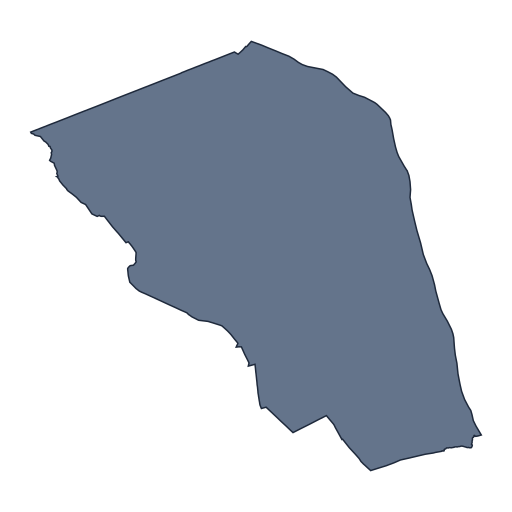 outline of Dignājas pag., Jekabpils, Latvia
{"feature_id": "27541924B5216902390969", "entity_name": "Dignājas pag.", "entity_type": "district", "adm_level": 2, "iso_a3": "LVA", "parent_name": "Latvia", "parent_adm1": "Jekabpils", "projection": "equal_earth", "projection_center": [26.111, 56.337], "detail": "fine", "context": "isolated", "style": "filled", "palette": "slate", "viewbox_px": 512, "rotation_deg": 0, "n_neighbors": 0, "source": "geoboundaries", "source_scale": "gbopen_adm2", "svg_char_len": 5646}
<svg xmlns="http://www.w3.org/2000/svg" viewBox="0 0 512 512"><path d="M370.7,470.6L370.9,470.5L378.5,468.1L386.3,465.7L390.2,464.2L390.3,464.2L394.0,462.8L396.3,461.8L400.4,460.0L404.8,459.0L410.2,457.8L410.3,457.8L410.5,457.7L413.1,457.1L416.5,456.3L425.4,454.2L433.3,453.0L435.5,452.4L440.7,451.5L441.7,451.3L441.7,451.1L441.8,451.0L441.9,450.9L442.2,450.8L442.4,450.8L442.8,450.9L443.1,450.9L443.5,450.9L443.7,451.0L444.0,450.9L444.2,450.7L444.2,450.4L444.1,450.0L444.3,449.6L444.3,449.4L444.5,449.2L444.9,449.1L445.4,449.0L445.7,448.9L446.2,448.2L446.4,448.0L446.7,447.9L447.0,447.9L447.5,447.9L448.2,448.0L448.6,447.9L449.1,447.7L449.5,447.6L449.9,447.6L450.4,447.7L451.4,447.8L452.1,447.6L452.4,447.6L453.0,447.5L453.4,447.4L453.7,447.3L454.0,447.3L454.2,447.1L454.4,447.1L454.5,447.0L454.9,446.9L455.2,446.9L455.3,446.9L455.6,446.8L455.9,446.8L456.1,446.8L456.4,446.9L456.7,446.8L456.9,446.9L457.2,446.9L457.6,446.9L458.1,446.7L458.5,446.6L459.0,446.6L459.6,446.6L460.8,446.2L461.4,446.1L461.5,446.1L462.7,446.2L464.4,446.7L466.2,447.2L466.9,447.5L468.1,447.6L468.6,447.4L469.3,447.7L470.1,447.8L471.2,447.7L471.5,447.4L471.9,446.7L472.1,446.2L472.2,445.6L472.3,445.3L472.3,445.0L471.5,444.4L471.5,444.1L471.7,443.6L471.9,443.2L472.1,442.5L472.1,441.9L472.1,441.6L472.1,441.2L472.2,440.5L472.3,440.2L472.5,439.9L472.4,439.0L472.4,438.2L472.8,437.5L473.4,437.3L473.8,436.7L474.0,436.0L474.0,435.6L474.2,435.4L474.3,435.4L474.5,435.4L474.7,435.5L475.0,436.2L475.1,436.3L475.4,436.3L476.0,436.3L477.9,436.0L481.3,435.0L476.0,426.1L473.3,420.6L472.0,414.7L470.8,410.5L468.6,407.1L464.6,399.5L461.6,391.3L460.0,384.3L458.0,373.9L456.9,363.2L455.3,355.1L454.5,348.4L454.2,344.5L453.7,337.5L452.9,333.7L451.4,329.3L447.3,321.1L442.8,313.6L441.0,309.7L439.2,303.5L435.8,291.1L434.5,284.6L432.1,275.8L429.6,269.5L426.7,263.5L423.3,254.5L420.6,243.0L416.9,230.5L414.7,221.5L412.1,210.1L411.3,204.5L410.0,197.4L410.6,189.7L410.0,181.7L408.9,175.5L407.1,170.6L406.8,170.3L404.2,166.2L400.0,158.8L398.7,156.5L397.1,152.5L395.5,147.0L393.7,138.9L393.5,137.8L392.2,130.4L391.5,127.1L390.9,124.6L390.5,120.0L389.7,118.1L388.4,115.8L385.5,112.4L381.0,108.1L377.0,104.3L374.7,102.6L364.6,97.3L358.9,95.5L352.9,93.1L345.6,86.7L336.4,77.1L332.5,74.2L327.7,71.7L323.1,69.5L307.6,66.5L302.3,64.6L298.4,62.4L294.1,59.2L288.9,56.2L281.9,53.5L275.7,50.9L268.2,47.9L261.8,45.2L251.3,41.4L248.3,44.7L248.2,44.9L246.9,46.4L246.2,46.7L245.7,46.5L244.1,48.4L242.5,50.3L242.4,50.3L240.3,52.3L238.1,54.2L236.2,53.1L234.4,52.0L228.5,54.3L222.7,56.6L218.4,58.3L214.1,60.0L213.2,60.3L211.4,61.0L208.7,62.1L204.9,63.5L199.7,65.6L196.3,66.9L194.5,67.6L193.3,68.1L191.0,69.0L189.4,69.6L187.8,70.2L184.2,71.7L181.8,72.6L180.6,73.3L172.7,76.4L162.2,80.5L154.6,83.5L142.8,88.1L134.4,91.4L123.9,95.5L115.5,98.8L105.5,102.8L96.1,106.5L83.7,111.3L76.3,114.2L66.5,118.1L60.1,120.6L56.3,122.1L51.3,124.0L43.7,127.0L34.2,130.7L30.7,132.1L31.4,133.4L33.6,134.0L35.0,135.3L40.4,136.5L44.1,141.1L45.6,141.9L48.1,144.4L48.9,146.3L50.1,146.5L50.4,147.8L51.9,150.1L51.9,151.7L51.2,152.7L51.6,154.4L50.7,158.2L49.6,160.3L50.5,161.2L54.2,163.2L54.4,164.3L54.5,165.3L56.7,170.0L57.1,171.0L57.2,172.1L56.8,173.6L57.2,174.4L57.6,175.1L57.9,176.1L56.7,176.6L57.6,177.0L57.9,177.8L58.9,179.1L59.6,180.9L61.4,183.1L62.9,185.0L66.7,188.9L66.7,189.4L68.0,190.9L70.2,192.5L72.4,194.1L74.4,195.7L76.4,197.3L78.7,199.8L81.1,202.4L85.6,204.5L91.9,213.9L97.2,216.4L99.3,215.4L99.7,215.7L99.9,215.9L100.4,216.1L101.1,216.3L101.7,216.3L102.8,216.3L103.8,216.3L104.0,216.2L104.2,216.3L104.4,216.3L106.7,219.3L112.6,226.9L116.9,231.8L118.2,233.2L126.0,242.7L128.0,241.9L128.3,241.8L129.5,243.3L129.9,243.7L130.5,244.4L130.9,245.0L131.6,245.8L133.1,247.9L134.1,249.4L135.0,250.7L135.9,252.2L136.1,252.5L136.1,252.9L136.0,254.6L135.9,255.9L135.9,256.1L135.8,257.2L135.7,259.0L135.7,259.4L135.7,260.0L135.8,260.8L136.1,261.3L136.1,261.8L136.0,262.1L135.4,262.9L134.8,263.7L134.2,264.3L133.7,265.0L133.3,265.2L133.2,265.3L132.9,265.3L130.9,265.5L130.5,265.6L130.1,265.8L129.7,266.0L129.3,266.5L128.5,267.3L128.4,267.4L127.8,268.3L127.7,268.4L127.7,268.6L127.7,268.8L127.7,269.8L127.9,271.3L128.2,274.6L128.4,276.1L129.1,279.1L129.7,281.7L129.8,282.2L131.6,284.0L133.4,285.8L136.1,288.6L137.2,289.4L138.3,290.3L139.2,291.0L141.6,292.2L145.4,293.8L150.6,296.2L159.3,300.2L170.1,305.2L176.1,307.9L181.2,310.3L184.2,311.6L186.9,312.8L187.8,313.8L188.0,313.9L188.2,314.1L188.6,314.6L189.2,314.9L192.0,316.9L194.6,318.2L198.3,320.1L198.5,320.2L198.9,320.3L203.1,320.8L207.2,321.3L208.0,321.4L208.7,321.6L209.9,322.0L212.3,322.7L214.5,323.4L220.2,325.2L221.5,325.7L221.8,325.8L222.2,326.1L227.2,330.6L227.8,331.2L230.0,333.5L230.9,334.5L233.9,338.3L234.1,338.6L236.1,341.0L237.7,342.9L237.9,343.3L237.8,343.6L236.6,346.1L236.2,347.1L238.9,346.8L241.4,346.9L244.7,354.3L247.5,359.8L248.9,362.7L249.0,363.0L248.4,365.6L248.3,366.1L251.7,365.2L255.0,364.3L255.4,367.8L255.8,372.0L256.1,374.2L256.1,374.4L256.5,378.1L256.7,380.2L256.8,380.8L257.0,382.9L257.0,383.0L257.1,384.5L257.2,385.2L257.3,385.8L257.5,387.1L257.7,389.2L257.9,391.0L258.0,392.7L258.1,393.4L258.4,395.1L258.6,396.7L258.7,397.0L259.3,401.0L259.4,401.4L259.6,402.6L259.7,403.5L260.0,405.0L260.7,406.8L261.4,408.5L261.7,408.4L263.9,407.8L266.1,407.2L271.2,412.0L276.3,416.8L281.3,421.6L286.4,426.3L289.7,429.5L293.0,432.6L301.4,428.3L309.8,424.1L318.1,419.8L326.4,415.6L329.7,419.6L333.1,423.6L333.5,424.1L333.9,424.7L334.0,424.8L334.7,426.2L335.3,427.5L337.7,431.8L341.9,439.5L342.6,439.2L349.3,447.7L355.5,454.4L359.2,458.6L361.0,461.5L363.1,463.6L363.2,463.8L364.6,465.0L367.4,467.6L370.7,470.6Z" fill="#64748b" stroke="#1e293b" stroke-width="1.5"/></svg>